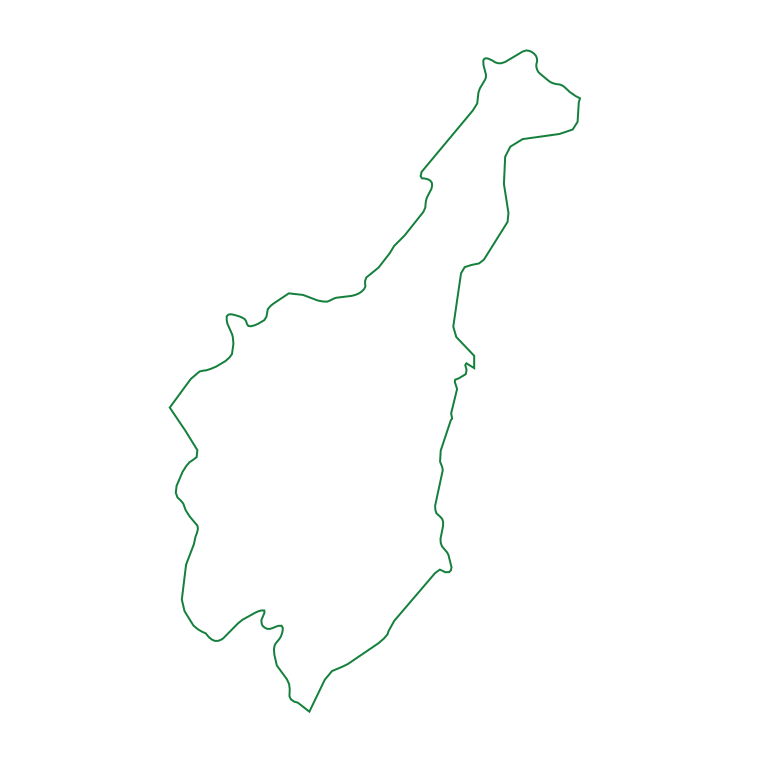 SVG path tracing the border of Cavan, rotated 85°
{"feature_id": "IRL-79", "entity_name": "Cavan", "entity_type": "County", "adm_level": 1, "iso_a3": "IRL", "parent_name": "Ireland", "parent_adm1": "", "projection": "mercator", "projection_center": [-7.418, 54.036], "detail": "fine", "context": "isolated", "style": "outline", "palette": "green", "viewbox_px": 768, "rotation_deg": 85, "n_neighbors": 0, "source": "natural_earth", "source_scale": "10m", "svg_char_len": 2979}
<svg xmlns="http://www.w3.org/2000/svg" viewBox="0 0 768 768"><g transform="rotate(85 384 384)"><path d="M116.5,163.8L120.4,165.4L139.7,168.3L146.9,173.8L150.2,187.3L152.1,224.5L158.6,237.5L168.2,243.5L195.2,247.1L224.5,245.1L233.3,246.8L268.8,273.6L272.2,278.9L273.0,286.3L274.6,293.4L280.4,297.6L332.9,310.0L343.5,307.9L363.8,291.7L376.0,292.8L370.6,300.1L372.3,301.4L377.2,300.5L381.3,301.7L384.9,309.1L385.9,312.7L388.1,313.3L395.3,311.6L419.2,319.7L424.3,319.1L425.9,320.6L455.3,333.3L466.2,334.9L472.0,333.2L475.1,333.0L509.8,343.7L514.0,343.8L517.4,343.0L521.3,339.4L523.6,337.8L526.5,337.1L530.8,337.6L543.1,341.2L547.3,341.3L550.7,340.4L557.3,335.8L559.9,334.7L572.5,332.7L575.4,333.6L577.1,335.5L576.8,339.5L575.1,342.1L573.8,344.6L576.9,349.7L620.8,394.4L630.7,401.1L633.7,402.3L637.4,406.1L641.7,412.0L659.8,444.4L661.9,449.8L665.4,460.8L673.5,468.8L703.9,486.9L693.8,497.8L692.8,500.8L690.1,504.2L686.8,505.4L679.8,504.5L674.6,504.7L669.6,506.5L655.1,515.3L644.4,516.8L638.9,516.8L634.8,515.7L632.6,514.1L628.6,510.2L626.3,508.6L623.7,507.4L620.7,506.4L618.1,506.1L615.9,507.1L615.7,510.3L616.4,513.1L617.4,516.1L618.0,519.0L617.7,521.9L616.3,524.1L614.4,526.0L611.5,526.8L608.4,526.7L601.4,523.0L599.2,523.0L598.9,526.0L599.5,529.0L600.6,532.2L606.5,545.5L609.5,550.0L623.4,566.4L624.7,569.0L625.4,571.6L625.2,574.8L623.7,577.6L621.1,580.4L616.9,583.3L614.9,586.9L612.2,590.7L608.0,594.9L592.9,602.5L581.1,604.2L546.7,596.9L526.9,587.3L519.7,585.1L515.8,583.2L512.1,582.0L508.9,582.2L499.1,589.1L492.4,592.6L485.6,594.4L482.0,596.9L479.1,599.6L474.2,600.9L467.4,599.5L453.9,592.3L448.2,587.9L445.0,584.6L443.2,581.3L440.5,577.0L433.6,575.7L413.5,585.8L388.8,599.5L362.1,576.0L355.5,566.7L355.0,563.6L354.9,560.0L353.8,555.2L352.0,549.6L347.3,539.9L344.0,535.5L340.8,532.8L330.8,530.5L324.6,530.5L321.5,530.9L310.1,534.8L306.7,535.1L302.9,534.8L301.3,532.9L301.2,530.3L302.0,527.4L304.2,521.9L305.6,519.3L307.2,517.1L309.5,515.9L312.2,515.3L314.3,514.1L314.9,511.6L314.3,508.0L312.9,503.8L309.9,497.6L306.6,495.2L299.2,493.2L296.2,490.0L294.2,487.0L285.4,470.9L288.2,456.9L295.1,442.6L296.5,437.6L297.0,433.4L296.1,430.5L294.3,425.9L293.9,423.8L293.4,408.5L292.7,404.6L291.6,401.2L290.1,398.4L287.7,395.5L285.1,394.0L282.4,394.1L279.5,393.8L276.3,392.3L267.5,379.2L254.1,366.8L247.4,361.9L237.8,350.5L216.0,329.8L211.9,327.5L206.2,326.5L202.3,325.2L193.8,319.8L190.7,318.8L187.7,318.8L185.5,320.1L183.9,322.4L182.9,325.3L182.3,328.4L180.0,329.4L175.9,328.0L119.3,271.7L112.7,266.7L101.8,264.5L97.7,262.6L89.5,256.7L87.2,255.7L84.5,255.5L74.9,257.1L70.6,256.9L69.0,256.0L68.3,253.9L69.3,251.1L71.3,247.7L73.2,245.3L74.4,242.4L74.7,239.3L73.7,235.1L64.9,216.9L64.1,213.0L64.8,210.2L66.2,207.7L68.1,205.6L70.4,204.0L72.8,203.3L75.9,203.3L78.5,204.3L81.4,204.6L84.1,204.1L86.6,203.1L88.4,201.6L96.5,193.4L98.2,191.2L99.5,188.5L100.4,185.5L101.1,182.4L102.3,180.2L103.6,178.6L109.3,173.5L113.8,168.1L116.5,163.8Z" fill="none" stroke="#15803d" stroke-width="2"/></g></svg>